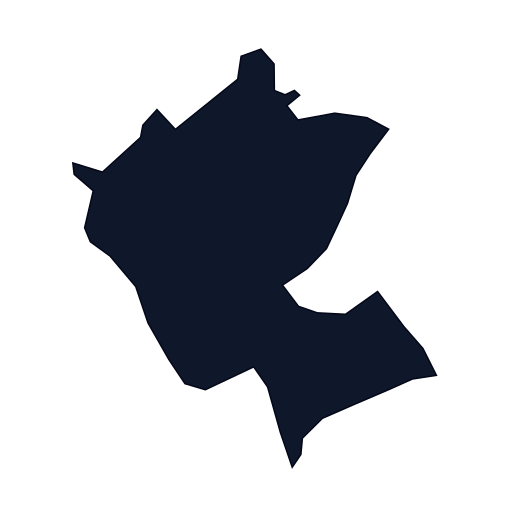 the district of Ulugnar, Andijon, Uzbekistan, rotated 276°
{"feature_id": "79887680B97911252833963", "entity_name": "Ulugnar", "entity_type": "district", "adm_level": 2, "iso_a3": "UZB", "parent_name": "Uzbekistan", "parent_adm1": "Andijon", "projection": "orthographic", "projection_center": [71.683, 40.776], "detail": "fine", "context": "isolated", "style": "filled", "palette": "ink", "viewbox_px": 512, "rotation_deg": 276, "n_neighbors": 0, "source": "geoboundaries", "source_scale": "gbopen_adm2", "svg_char_len": 821}
<svg xmlns="http://www.w3.org/2000/svg" viewBox="0 0 512 512"><g transform="rotate(276 256 256)"><path d="M462.3,239.3L453.1,220.3L429.9,219.3L373.5,162.6L391.3,142.2L374.3,129.8L361.9,128.8L323.4,94.5L329.4,64.1L318.2,66.6L303.8,87.3L266.1,82.6L252.8,89.8L240.7,110.8L213.0,139.6L178.1,155.6L144.0,180.1L121.6,198.7L117.7,219.6L145.5,265.3L127.0,281.2L83.0,298.7L49.7,314.1L63.3,321.4L79.7,321.2L101.5,339.0L117.9,367.8L137.5,402.9L150.0,424.4L156.2,447.9L181.5,431.7L201.1,410.6L222.1,391.1L233.4,380.6L207.4,351.1L205.9,322.8L210.4,303.5L229.8,285.4L248.9,308.3L270.7,325.3L293.9,333.4L317.9,341.5L346.6,347.0L369.6,358.8L396.0,374.7L405.2,351.9L406.3,319.4L395.7,283.5L408.7,271.0L420.5,282.6L424.7,276.9L419.4,268.1L422.5,257.0L448.9,253.9L462.3,239.3Z" fill="#0f172a" stroke="#020617" stroke-width="1.5"/></g></svg>